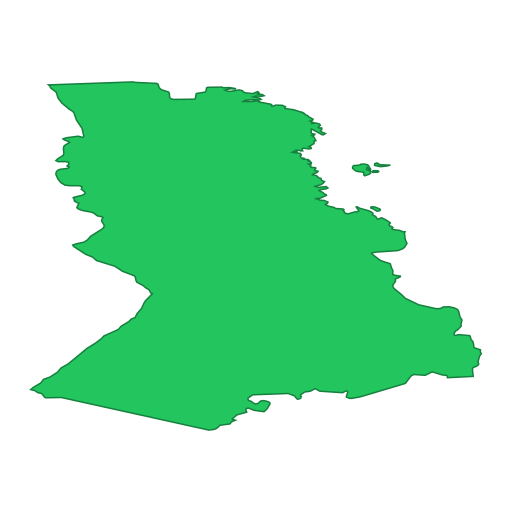 an SVG outline of Karelia
{"feature_id": "RUS-2353", "entity_name": "Karelia", "entity_type": "Republic", "adm_level": 1, "iso_a3": "RUS", "parent_name": "Russia", "parent_adm1": "", "projection": "equal_earth", "projection_center": [34.102, 63.665], "detail": "fine", "context": "isolated", "style": "filled", "palette": "green", "viewbox_px": 512, "rotation_deg": 0, "n_neighbors": 0, "source": "natural_earth", "source_scale": "10m", "svg_char_len": 5993}
<svg xmlns="http://www.w3.org/2000/svg" viewBox="0 0 512 512"><path d="M58.1,98.2L56.2,92.2L50.7,88.0L49.9,86.1L48.5,84.9L133.0,81.9L135.3,82.4L156.7,83.4L158.2,84.3L159.1,87.6L161.3,89.7L168.6,92.0L169.4,93.6L169.6,96.8L170.0,97.9L171.2,98.9L173.4,99.4L194.6,99.2L195.2,98.8L196.3,93.5L205.1,92.1L205.9,91.2L206.6,87.8L207.8,87.3L222.1,87.1L223.0,87.7L230.2,87.6L236.1,88.7L233.7,89.0L231.5,88.7L226.3,89.5L224.9,90.2L227.3,91.1L230.2,91.4L239.2,89.9L242.5,90.7L243.0,91.8L245.4,92.8L252.9,93.6L257.6,91.6L258.6,92.2L259.1,93.1L256.7,93.8L262.6,94.7L264.1,95.7L261.6,96.3L255.8,96.0L253.3,96.8L259.6,98.2L261.1,99.4L258.9,100.0L251.3,99.7L247.0,100.0L244.7,100.5L243.1,101.5L251.5,101.6L257.4,100.8L259.4,101.7L258.4,101.9L270.8,104.2L271.7,104.7L271.4,105.8L272.2,106.3L275.8,105.1L282.3,105.3L285.5,106.7L284.6,108.0L285.2,108.6L293.6,109.7L301.8,112.3L303.9,113.7L303.5,113.0L304.6,113.6L305.5,114.9L307.5,115.5L308.7,116.8L313.1,119.3L312.8,120.0L310.0,121.2L312.8,122.3L312.1,122.5L311.7,123.6L315.8,123.0L319.6,124.1L320.3,125.3L318.2,127.2L318.9,128.0L321.6,127.9L321.9,128.2L321.6,129.8L320.4,130.4L320.5,130.9L321.7,132.0L325.4,133.5L323.3,134.9L322.0,134.7L311.5,129.0L311.1,131.2L311.5,133.5L314.9,134.2L314.6,134.9L311.8,135.7L314.0,137.1L315.9,140.7L313.9,141.4L314.1,143.6L308.8,146.6L310.6,147.1L311.2,147.7L311.2,148.5L308.9,149.0L304.5,148.3L302.7,148.4L301.8,149.2L302.7,150.8L300.6,150.9L298.5,150.2L295.5,150.4L296.8,151.6L295.6,151.9L293.1,151.6L292.0,152.3L300.3,153.4L301.1,154.3L301.2,155.3L300.2,156.1L301.2,158.0L303.5,158.2L304.0,158.3L303.4,159.2L307.9,159.5L309.2,160.3L307.5,161.0L309.6,161.2L311.3,162.5L311.3,163.5L308.5,164.1L310.9,165.2L310.4,166.6L311.3,167.3L315.5,167.7L315.9,168.1L314.6,170.0L315.0,170.6L318.1,171.2L317.2,172.5L313.2,173.8L312.4,174.8L316.2,175.5L319.4,178.2L321.0,178.3L321.2,179.8L322.0,180.7L324.5,181.6L323.0,183.4L321.0,184.7L315.2,186.3L318.0,187.4L326.2,186.5L327.9,188.0L326.0,188.9L320.2,189.7L319.0,190.6L323.1,192.6L324.3,194.0L326.2,194.7L326.4,195.4L319.8,198.4L314.6,198.6L316.1,198.6L320.0,200.2L323.9,200.4L328.0,202.1L327.4,203.3L325.3,204.4L328.3,206.1L333.7,207.3L335.8,208.5L343.1,209.0L343.9,209.6L343.1,210.6L344.3,211.4L344.3,212.3L345.3,213.3L348.4,213.8L354.8,211.9L357.4,211.8L358.9,210.8L356.2,207.0L357.0,206.8L359.9,208.3L368.6,210.7L371.1,211.8L372.9,213.3L372.6,214.9L375.7,216.5L377.1,218.8L378.6,219.1L381.3,217.7L384.5,219.1L389.9,222.4L390.3,223.1L389.0,224.3L389.7,225.9L391.6,226.5L392.9,227.5L391.9,228.8L393.3,229.6L399.8,230.4L402.9,231.8L405.1,231.8L404.3,233.6L404.8,235.1L404.9,237.6L405.6,240.5L407.0,243.4L404.6,247.2L402.7,248.8L397.9,250.6L376.1,252.1L371.8,252.9L371.6,253.3L372.9,254.7L380.4,260.5L390.3,263.8L391.6,268.1L392.9,270.6L392.7,274.4L394.9,275.3L400.4,276.1L400.1,277.0L395.4,279.0L395.5,281.4L393.2,284.5L392.7,286.3L394.0,288.4L401.5,294.6L405.4,298.4L418.8,304.8L436.3,308.7L440.4,308.5L443.4,306.9L449.3,306.8L454.0,307.8L457.6,309.5L458.8,311.8L460.0,316.9L462.0,320.0L460.9,324.3L461.3,326.0L457.8,329.7L455.6,331.1L454.1,333.3L454.1,334.8L455.6,335.5L458.5,334.6L469.7,335.6L470.3,336.5L471.0,339.4L473.1,342.0L474.1,347.7L480.5,349.8L480.3,351.8L481.3,353.8L479.6,356.0L478.0,361.9L478.7,363.7L478.5,364.5L477.3,365.8L473.2,367.6L472.4,368.8L473.2,376.4L447.5,377.7L447.0,375.8L446.3,375.3L442.4,375.0L432.7,372.0L431.0,372.4L425.2,375.3L413.8,374.5L411.0,376.0L405.4,383.4L360.5,396.8L351.9,398.4L349.6,398.4L346.5,397.2L346.3,396.5L347.8,391.9L346.4,390.7L342.6,392.7L319.8,391.2L315.2,388.6L310.3,391.2L304.7,392.0L300.6,394.8L300.5,395.4L301.3,396.6L300.6,398.3L298.1,399.3L296.7,398.7L294.6,395.9L288.2,393.5L252.7,394.8L248.1,398.0L247.8,399.0L248.7,400.5L251.4,401.4L253.8,403.3L255.2,403.9L258.0,403.5L260.6,401.0L263.5,400.6L266.6,401.2L269.2,402.2L269.9,402.9L270.0,404.0L267.1,408.8L264.0,411.7L254.0,410.3L248.7,408.1L246.5,408.3L245.8,409.7L246.7,412.2L236.9,414.9L232.3,418.8L232.4,419.3L235.4,420.2L231.6,421.8L230.0,423.9L219.8,425.3L218.2,427.1L216.0,428.7L213.7,429.5L208.9,430.1L61.3,397.5L46.0,397.8L44.8,397.4L41.7,393.6L37.4,392.5L35.1,390.7L30.7,389.6L33.0,387.6L40.7,383.0L43.6,379.3L49.9,377.1L57.6,372.1L61.0,368.0L68.2,363.9L87.5,348.0L94.9,343.5L101.6,338.5L103.8,336.0L118.3,329.5L121.3,326.1L128.8,321.6L131.2,319.1L135.1,317.5L137.2,313.4L141.4,308.7L144.0,303.1L145.6,300.6L152.4,293.7L150.7,292.9L149.2,290.0L147.9,289.0L146.1,288.1L142.9,285.4L136.9,282.3L135.9,280.2L135.2,276.7L134.1,275.7L122.5,271.3L114.8,266.2L96.6,260.6L92.6,257.1L85.7,254.3L73.7,246.5L72.7,245.0L76.4,243.8L84.1,242.1L87.4,239.9L90.7,236.2L102.3,228.9L103.8,227.3L104.2,225.3L101.6,220.9L101.6,220.0L103.0,217.6L101.9,216.8L97.4,215.9L93.6,213.0L91.2,212.1L83.3,210.7L79.8,209.6L77.8,208.6L76.8,207.6L78.8,203.3L74.9,201.5L75.0,201.0L74.3,200.7L73.9,198.2L73.2,197.8L73.8,197.3L82.5,195.2L84.8,193.7L85.2,192.6L84.3,191.5L81.3,189.3L81.9,186.6L79.1,185.7L69.8,185.7L64.9,185.1L60.9,182.7L57.8,178.8L55.8,174.1L56.4,171.7L57.9,170.2L60.0,169.3L67.6,168.4L68.9,167.6L69.2,166.9L67.1,166.1L67.2,165.6L68.8,164.4L68.5,162.3L65.2,161.6L58.2,161.7L55.9,160.6L57.8,158.7L63.2,155.4L63.8,153.4L63.4,148.5L63.8,146.4L64.8,145.3L69.6,142.4L68.1,141.3L64.4,140.0L63.0,138.9L66.1,137.8L78.1,136.2L82.8,137.4L83.6,136.9L83.7,135.7L82.0,128.3L76.5,120.1L73.9,112.8L72.7,111.4L68.7,108.8L61.9,103.1L58.1,98.2ZM370.4,171.2L370.7,173.0L369.3,174.2L364.7,175.8L364.0,175.2L363.6,172.2L357.6,171.5L355.5,170.8L352.6,168.3L352.6,166.9L353.5,165.6L359.8,165.1L360.5,164.3L364.0,164.0L366.6,164.5L368.1,165.1L370.7,169.4L370.2,170.1L369.6,169.9L367.2,167.3L366.5,169.6L370.4,171.2ZM380.3,164.8L390.4,165.1L387.5,165.9L380.7,166.7L374.9,165.5L374.5,165.1L374.8,163.6L376.8,163.0L376.8,163.4L377.8,163.4L380.3,164.8ZM375.2,207.1L379.7,208.9L380.4,209.7L379.8,210.7L376.9,211.2L373.0,208.8L370.9,208.1L370.8,207.2L372.2,206.7L375.2,207.1ZM378.1,170.8L378.7,171.6L377.7,172.2L372.8,172.4L372.0,171.4L373.8,170.6L378.1,170.8Z" fill="#22c55e" stroke="#15803d" stroke-width="1.5"/></svg>